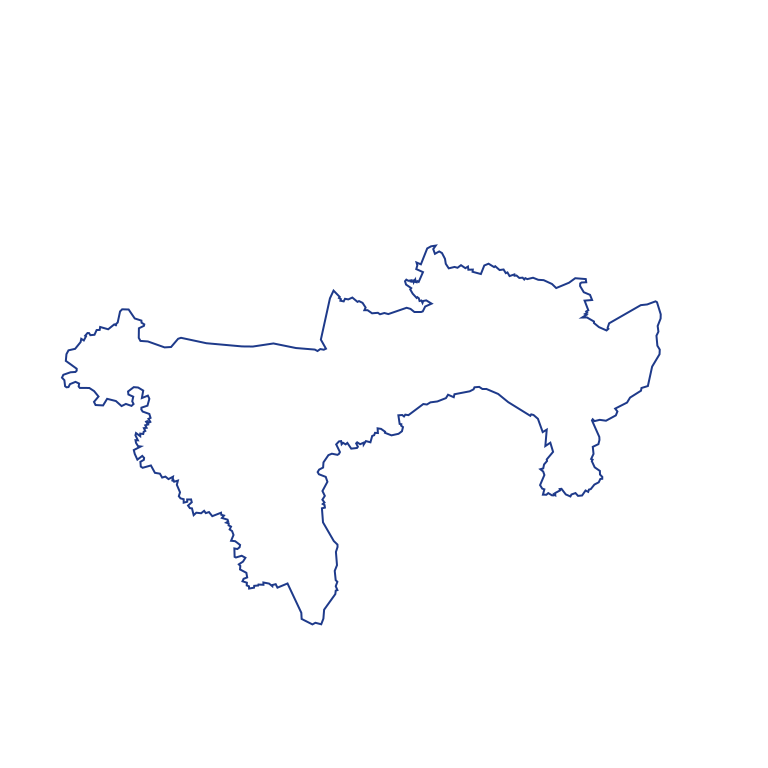 the district of San Felipe Orizatlán, Hidalgo, Mexico, rotated 240°
{"feature_id": "50627088B21617615218202", "entity_name": "San Felipe Orizatlán", "entity_type": "district", "adm_level": 2, "iso_a3": "MEX", "parent_name": "Mexico", "parent_adm1": "Hidalgo", "projection": "albers", "projection_center": [-98.581, 21.246], "detail": "fine", "context": "isolated", "style": "outline", "palette": "blue", "viewbox_px": 768, "rotation_deg": 240, "n_neighbors": 0, "source": "geoboundaries", "source_scale": "gbopen_adm2", "svg_char_len": 6166}
<svg xmlns="http://www.w3.org/2000/svg" viewBox="0 0 768 768"><g transform="rotate(240 384 384)"><path d="M413.7,551.7L414.7,546.7L418.9,546.7L419.1,544.9L423.4,544.8L424.9,541.1L430.4,539.2L430.2,537.8L435.9,534.7L436.5,530.1L430.8,522.9L436.9,516.8L438.7,518.1L440.8,514.2L443.7,515.4L443.6,512.4L448.4,510.1L447.9,505.8L450.1,503.6L451.8,497.9L457.2,497.6L461.9,499.4L468.4,499.7L471.2,498.1L471.3,493.2L476.2,494.1L478.0,498.0L479.7,493.6L479.8,489.2L469.2,475.8L472.9,472.9L470.1,472.2L467.4,469.4L461.4,473.7L455.1,465.1L456.6,464.2L455.7,463.2L456.9,462.0L458.5,462.9L457.4,460.9L458.8,461.6L458.5,459.4L459.4,458.4L460.2,459.4L461.2,456.7L463.2,455.5L462.5,453.6L459.1,452.8L453.4,455.5L452.8,454.0L447.9,454.0L442.2,455.3L442.5,456.3L440.8,457.0L438.1,456.3L437.6,458.1L435.0,457.9L436.3,459.4L435.3,462.4L429.8,465.4L430.5,458.4L427.5,453.9L427.8,452.1L431.2,446.3L435.8,444.5L438.7,441.7L442.4,422.7L445.3,419.8L446.4,415.4L448.7,414.3L451.2,409.0L456.1,406.7L457.7,403.9L459.4,406.3L465.0,406.0L468.3,403.8L468.4,402.1L474.7,399.8L475.1,395.4L477.3,392.8L475.7,390.4L477.9,387.9L479.0,389.1L481.0,388.0L481.5,389.2L490.1,387.0L485.2,380.0L454.0,351.5L443.6,351.4L443.8,349.0L446.1,346.3L445.8,342.9L448.4,341.3L459.2,325.7L474.4,308.5L482.0,289.2L487.5,279.9L508.1,250.6L525.5,231.3L526.1,228.3L522.5,218.1L525.4,212.3L538.9,200.8L543.1,194.6L546.6,194.7L554.8,199.6L554.4,205.2L555.5,206.2L558.3,204.7L560.2,205.6L565.4,200.9L576.2,200.1L579.6,194.6L578.8,191.7L570.4,184.1L569.8,181.2L569.0,181.4L568.9,181.2L570.5,180.2L569.3,172.5L575.3,166.7L573.0,164.8L574.4,162.1L571.4,157.9L573.1,154.1L575.6,154.0L576.4,152.7L575.2,149.3L574.3,149.8L571.8,145.8L574.5,144.4L572.0,142.2L568.9,134.1L570.9,127.6L568.6,123.9L563.1,120.0L550.9,125.5L549.2,124.5L548.7,122.8L550.9,118.4L552.3,110.9L550.5,108.3L547.1,109.1L541.5,106.7L539.9,107.4L539.1,109.2L540.9,112.0L540.1,117.9L536.8,120.2L534.5,118.3L532.7,118.6L527.9,126.8L522.8,129.4L515.9,130.5L513.5,123.9L510.0,123.7L505.9,130.0L509.6,136.8L503.3,143.3L496.1,145.7L495.8,150.5L491.3,154.4L491.9,157.1L494.9,157.3L498.4,160.5L502.7,157.4L505.5,158.6L506.4,165.7L503.9,169.3L498.7,172.2L492.9,167.3L492.0,173.7L488.5,173.4L483.5,168.3L484.8,162.1L483.3,161.1L480.8,161.2L475.4,165.8L471.4,164.9L471.6,162.6L468.0,162.7L468.1,160.7L470.2,160.4L470.3,159.1L466.9,159.4L467.6,156.6L464.8,156.5L465.8,154.0L462.7,153.8L462.8,152.0L461.1,150.5L462.9,148.1L460.7,146.8L465.5,144.7L463.9,143.1L458.3,142.7L459.6,140.7L457.0,139.8L453.2,139.9L451.5,142.1L451.9,134.3L448.1,133.2L441.8,132.6L442.6,138.7L439.9,139.3L438.4,138.1L438.4,134.1L434.1,132.1L432.1,133.1L430.0,141.4L421.6,141.2L418.4,145.1L413.9,145.1L413.1,148.4L409.4,149.8L409.2,154.9L405.6,151.9L406.5,153.7L404.3,153.4L403.4,157.2L400.3,154.2L392.2,153.2L389.4,150.2L386.7,150.6L384.4,152.9L381.4,151.2L380.4,154.7L382.4,155.8L380.5,159.2L377.7,158.4L376.7,153.5L373.6,153.8L372.3,155.5L365.6,153.6L366.4,157.1L363.5,161.0L364.1,164.8L361.3,165.1L360.6,168.4L355.4,169.2L354.0,178.5L352.1,177.7L350.1,179.6L349.0,176.7L344.7,180.7L342.9,180.3L342.8,178.1L340.9,179.8L339.3,178.7L337.0,180.2L335.2,177.6L332.6,178.9L328.5,178.2L324.7,173.2L322.3,176.5L316.6,178.9L314.8,177.3L314.4,174.5L316.4,172.2L309.0,168.2L307.8,169.0L306.4,174.9L302.8,177.1L300.7,173.1L300.4,168.1L298.3,168.6L295.4,166.6L289.3,170.4L284.9,168.8L285.5,165.0L283.9,162.8L280.5,165.9L278.2,164.4L276.3,165.9L274.3,164.9L272.6,169.6L274.1,170.7L272.4,174.3L273.1,175.0L270.4,179.2L272.4,180.3L268.6,184.7L264.7,186.2L265.7,186.9L264.8,190.1L260.9,189.9L259.5,200.7L227.2,198.0L221.7,195.2L211.6,201.8L211.5,205.2L207.3,209.5L211.1,214.2L218.5,219.3L226.4,236.8L229.2,238.9L228.8,240.6L233.0,241.1L236.0,244.7L238.3,244.1L246.8,247.9L250.6,252.7L262.6,258.4L266.1,262.3L268.2,263.4L273.1,262.0L294.7,262.0L307.4,268.1L306.5,271.0L308.9,272.0L310.7,271.0L311.1,273.2L314.6,272.8L316.7,276.8L322.1,277.2L327.6,286.1L332.7,287.1L338.4,282.5L340.9,282.5L342.3,285.0L342.1,289.5L346.4,292.4L350.2,300.3L349.7,304.0L345.9,308.3L346.0,310.1L347.1,311.8L355.6,312.4L356.8,316.3L356.0,318.3L353.0,317.2L353.6,319.1L350.9,320.6L351.3,322.8L344.4,323.3L342.1,328.6L342.7,330.0L346.5,330.2L346.9,331.6L343.8,333.2L343.4,336.9L341.7,336.1L343.6,339.8L340.3,343.1L344.9,347.8L344.6,349.9L346.2,351.8L344.6,354.2L348.8,356.3L346.6,359.0L342.1,361.1L341.3,360.4L335.8,364.8L333.6,371.7L334.1,375.9L337.2,378.9L339.4,378.0L340.5,378.9L341.6,377.6L349.7,380.8L348.0,384.3L345.9,385.1L346.8,387.1L344.8,389.6L347.0,408.0L344.8,410.9L344.9,415.0L342.2,421.5L340.8,430.6L342.7,434.1L337.7,437.8L339.9,439.9L334.8,454.6L334.6,458.9L335.9,460.7L333.9,465.0L330.5,466.7L328.5,470.2L318.3,477.9L306.2,482.5L283.3,494.8L284.1,496.3L282.4,498.0L276.9,499.9L263.0,497.4L263.1,502.1L249.6,492.7L250.0,498.7L240.7,496.5L237.3,487.2L235.8,486.7L234.3,482.4L231.3,479.7L232.0,476.8L228.6,478.1L225.0,477.4L218.4,468.6L214.3,468.7L212.6,470.2L208.7,466.3L206.9,469.3L207.4,471.7L203.6,473.8L202.8,475.1L203.7,475.8L202.0,476.7L204.0,477.7L203.8,483.3L205.2,483.6L204.5,485.3L197.5,486.2L193.4,489.2L194.6,491.1L193.8,495.3L190.1,496.1L188.4,499.8L191.0,505.3L188.5,506.9L190.1,508.7L189.6,510.5L191.7,515.9L191.5,520.8L193.6,523.9L192.8,525.6L194.4,526.6L197.6,525.8L200.8,527.5L206.5,524.8L213.3,525.4L214.2,526.8L215.5,525.9L218.7,530.5L225.2,533.4L224.7,539.6L227.8,542.6L230.5,544.0L248.5,545.9L249.1,547.1L246.6,547.8L245.1,552.9L241.2,557.9L240.9,569.1L243.5,572.4L247.1,571.9L246.4,585.2L249.2,590.3L249.7,603.2L251.8,605.0L250.3,611.5L265.0,624.9L272.0,637.5L275.9,640.0L280.5,639.9L289.6,644.1L292.1,647.8L297.4,650.0L302.4,656.3L306.0,658.5L318.3,661.3L319.8,660.5L321.3,651.7L323.9,645.8L324.0,609.3L320.7,605.6L319.6,605.9L319.1,603.5L325.8,598.6L331.9,596.3L333.1,597.1L340.2,593.0L342.5,588.8L342.7,594.1L344.1,593.2L344.1,595.6L345.7,595.4L345.7,597.8L355.9,599.4L352.7,606.2L358.2,607.0L363.6,602.9L370.8,602.8L373.0,604.2L373.1,605.9L371.0,610.0L374.0,611.2L380.0,602.5L379.2,594.9L381.0,581.1L386.6,579.5L394.1,574.2L397.1,569.7L401.5,566.2L403.2,560.5L405.0,559.3L404.4,557.7L406.8,557.2L408.2,554.2L411.7,553.0L412.5,551.2L413.7,551.7Z" fill="none" stroke="#1e3a8a" stroke-width="2"/></g></svg>